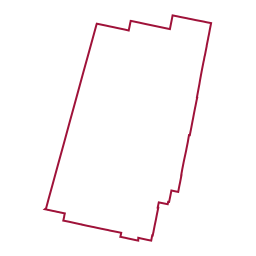 Castellanos, Santa Fe, Argentina (Robinson projection)
{"feature_id": "61730980B49644503791094", "entity_name": "Castellanos", "entity_type": "district", "adm_level": 2, "iso_a3": "ARG", "parent_name": "Argentina", "parent_adm1": "Santa Fe", "projection": "robinson", "projection_center": [-61.604, -31.24], "detail": "fine", "context": "isolated", "style": "outline", "palette": "rose", "viewbox_px": 256, "rotation_deg": 0, "n_neighbors": 0, "source": "geoboundaries", "source_scale": "gbopen_adm2", "svg_char_len": 2490}
<svg xmlns="http://www.w3.org/2000/svg" viewBox="0 0 256 256"><path d="M44.9,209.2L47.0,209.6L47.5,209.8L48.7,210.0L49.6,210.2L50.5,210.4L51.5,210.6L52.3,210.8L55.0,211.3L57.0,211.8L58.8,212.1L60.4,212.5L62.0,212.8L62.3,212.9L64.8,213.4L64.7,213.9L64.3,215.6L64.1,217.0L63.8,218.3L63.3,220.6L69.3,221.8L76.9,223.5L77.0,223.5L79.6,224.1L81.4,224.4L81.4,224.5L82.5,224.8L82.8,224.8L85.4,225.4L87.7,225.9L89.8,226.3L91.6,226.7L93.2,227.0L93.3,227.0L93.8,227.1L96.0,227.6L98.3,228.1L99.8,228.4L101.5,228.8L101.8,228.8L103.2,229.1L103.6,229.2L104.3,229.3L104.6,229.4L106.1,229.7L107.8,230.0L109.7,230.5L112.7,231.1L113.4,231.2L114.8,231.5L116.9,231.9L118.8,232.3L121.2,232.8L121.1,233.3L121.0,234.1L120.6,235.7L120.4,236.8L120.5,236.8L120.8,236.9L123.6,237.5L125.2,237.8L126.9,238.2L127.0,238.2L127.7,238.4L130.1,238.9L133.4,239.6L136.1,240.2L138.2,240.6L138.2,239.5L138.3,238.9L138.3,238.2L138.3,237.8L138.8,237.9L139.7,238.1L139.8,238.2L140.7,238.4L147.6,239.9L151.2,240.6L152.2,235.4L152.7,235.5L153.2,233.0L153.2,232.9L153.3,232.7L153.5,231.8L153.5,231.6L154.7,225.4L155.9,219.7L156.8,214.9L157.7,210.5L157.8,210.0L158.2,208.1L158.3,207.6L157.9,207.5L157.7,207.5L158.8,202.4L167.7,204.2L168.2,201.8L169.1,201.9L170.3,196.1L171.4,190.5L175.2,191.3L178.2,191.9L179.4,185.6L180.0,182.8L181.3,176.0L181.3,175.9L181.4,175.4L181.2,175.4L181.3,174.7L182.4,168.5L182.7,167.0L182.8,166.5L183.9,160.9L185.4,154.0L186.3,149.8L186.3,149.6L187.3,144.6L187.8,142.1L188.4,138.5L189.0,135.1L189.8,135.2L191.3,127.6L192.6,120.7L192.7,120.2L193.0,118.8L193.9,113.9L195.0,108.3L195.0,108.2L195.5,105.9L196.6,100.3L197.1,98.1L197.1,97.9L197.2,97.6L196.9,97.5L198.7,87.8L199.4,84.1L200.0,80.4L200.8,76.0L200.8,75.9L202.1,69.0L202.3,68.0L203.6,61.4L203.9,60.2L204.5,56.8L204.9,55.3L205.5,52.2L206.7,46.1L206.7,45.6L208.2,38.2L208.2,37.9L209.0,34.1L209.9,29.2L211.0,23.7L211.1,23.1L208.4,22.6L207.8,22.5L205.4,22.0L204.2,21.7L202.7,21.4L195.7,20.1L193.4,19.6L191.0,19.1L187.8,18.5L187.6,18.4L181.4,17.2L179.9,16.9L177.2,16.3L174.5,15.8L174.3,15.7L172.6,15.4L172.1,18.0L169.9,29.1L150.3,25.0L147.4,24.4L145.5,24.0L140.9,23.0L139.2,22.6L136.7,22.1L131.0,20.9L130.7,20.9L130.6,21.6L130.3,22.7L129.5,26.7L128.7,30.5L124.5,29.5L119.2,28.4L115.4,27.6L114.6,27.4L110.2,26.5L109.2,26.3L106.5,25.7L101.2,24.6L96.8,23.7L96.6,24.2L93.7,34.8L88.5,53.7L83.3,72.4L79.4,86.7L73.9,106.8L70.1,120.5L64.1,142.6L57.8,165.4L52.5,184.8L48.6,198.9L46.5,206.8L46.1,208.2L44.9,209.2Z" fill="none" stroke="#9f1239" stroke-width="2"/></svg>